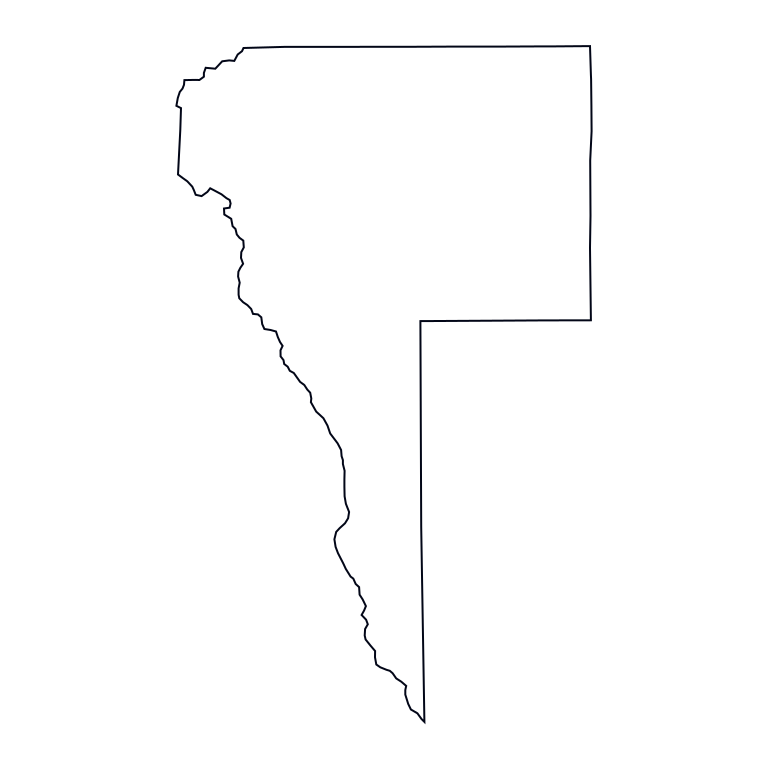 the district of Santa Luzia D'Oeste, Rondônia, Brazil
{"feature_id": "56859067B12589205875865", "entity_name": "Santa Luzia D'Oeste", "entity_type": "district", "adm_level": 2, "iso_a3": "BRA", "parent_name": "Brazil", "parent_adm1": "Rondônia", "projection": "mercator", "projection_center": [-61.766, -12.143], "detail": "fine", "context": "isolated", "style": "outline", "palette": "ink", "viewbox_px": 768, "rotation_deg": 0, "n_neighbors": 0, "source": "geoboundaries", "source_scale": "gbopen_adm2", "svg_char_len": 2030}
<svg xmlns="http://www.w3.org/2000/svg" viewBox="0 0 768 768"><path d="M178.0,174.5L182.7,178.0L187.3,181.3L192.3,186.7L193.9,190.2L195.7,194.8L201.6,196.1L207.4,191.9L210.2,188.3L214.4,190.5L221.5,194.3L226.5,198.2L229.7,200.0L230.6,203.5L229.6,207.7L224.0,208.5L224.3,214.5L231.2,218.8L232.6,226.2L235.5,229.0L236.8,234.5L239.5,237.8L243.3,240.6L243.8,247.4L241.3,252.1L241.0,257.9L243.1,263.8L240.4,267.7L238.4,271.7L238.1,276.5L239.7,282.7L238.6,288.4L238.6,294.8L239.3,298.3L243.1,302.2L247.4,305.1L251.2,309.0L253.0,313.9L257.9,314.4L261.3,317.3L262.2,324.1L264.4,329.0L270.6,330.0L276.0,331.5L277.8,337.0L280.0,342.0L282.6,345.9L280.5,350.3L280.6,356.4L283.5,360.1L284.2,364.0L287.7,366.7L289.8,370.8L293.8,373.0L300.1,381.9L304.3,385.0L307.3,389.6L310.2,392.7L311.3,398.5L310.9,402.2L316.2,411.6L323.4,418.2L327.5,425.6L330.2,433.5L337.6,443.3L341.1,450.0L341.6,456.2L342.9,460.1L342.9,464.0L344.6,470.8L344.4,479.3L344.4,486.7L344.6,496.3L345.9,503.8L349.1,512.0L348.1,518.3L345.0,523.3L339.6,528.2L336.2,531.9L334.4,539.3L335.6,546.9L338.0,553.2L343.2,563.3L345.8,568.9L350.6,576.6L353.3,578.6L355.7,584.0L359.1,587.1L359.6,594.7L362.7,599.5L365.9,606.1L364.1,610.5L361.6,615.0L366.1,619.7L367.8,624.3L365.1,629.0L364.7,635.5L365.6,639.5L370.5,645.6L375.1,651.0L375.0,657.3L376.3,664.5L380.3,667.3L386.5,669.8L389.8,670.8L392.6,673.2L396.2,678.4L401.3,681.7L406.2,685.9L405.3,690.0L405.3,694.6L408.2,703.9L410.9,709.5L417.4,713.3L421.5,719.0L424.4,721.9L421.2,526.7L420.8,425.4L420.4,321.1L440.2,321.0L543.8,320.4L590.9,320.3L590.0,247.7L590.5,215.8L590.4,198.5L590.2,160.5L591.6,131.2L591.4,105.0L591.1,79.3L590.9,74.5L590.0,46.1L552.1,46.4L541.4,46.4L498.7,46.6L453.3,46.6L409.1,46.8L366.4,46.8L346.3,46.9L324.6,46.9L283.7,46.9L243.5,48.0L242.0,51.2L237.7,54.5L234.3,60.9L229.2,60.4L222.2,61.3L215.3,68.7L205.7,67.8L203.9,72.9L203.9,76.7L199.4,80.0L195.1,79.9L184.4,80.1L184.0,84.8L182.5,88.6L179.8,91.9L177.8,98.0L176.4,105.8L181.0,108.1L180.3,129.8L178.0,174.5Z" fill="none" stroke="#020617" stroke-width="2"/></svg>